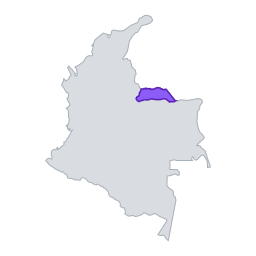 Colombia, with Arauca highlighted
{"feature_id": "COL-1420", "entity_name": "Arauca", "entity_type": "Intendancy", "adm_level": 1, "iso_a3": "COL", "parent_name": "Colombia", "parent_adm1": "", "projection": "orthographic", "projection_center": [-71.152, 6.563], "detail": "fine", "context": "in_parent", "style": "filled", "palette": "violet", "viewbox_px": 256, "rotation_deg": 0, "n_neighbors": 0, "source": "natural_earth", "source_scale": "10m", "svg_char_len": 5746}
<svg xmlns="http://www.w3.org/2000/svg" viewBox="0 0 256 256"><path d="M150.0,23.1L147.2,24.3L141.5,25.7L137.7,32.1L135.0,33.2L131.8,36.9L129.3,41.6L127.5,51.1L122.6,59.1L123.0,59.5L124.9,59.1L126.7,58.3L127.4,58.5L128.0,60.0L130.2,60.3L132.0,66.9L135.3,70.2L135.6,71.5L136.1,74.2L134.9,75.8L134.5,81.8L135.5,83.3L138.1,83.9L139.7,87.6L140.7,88.5L142.3,89.1L145.9,88.5L152.6,89.2L154.1,89.1L157.9,87.8L162.6,89.3L166.0,89.6L175.5,100.8L176.5,100.5L177.7,101.2L180.1,100.0L182.2,99.8L184.9,100.3L188.4,100.3L195.6,99.1L196.7,98.5L200.6,99.1L201.8,99.9L202.4,102.0L201.9,103.3L200.5,104.6L199.8,106.3L199.7,108.4L199.0,109.9L197.7,110.9L197.2,112.3L197.5,114.2L196.9,122.7L197.4,123.4L197.9,126.9L199.5,131.4L200.3,132.7L201.7,133.7L204.3,137.4L203.7,138.7L197.2,144.6L196.9,145.9L198.1,145.4L200.1,145.9L200.8,147.3L205.7,151.3L205.6,152.9L207.0,155.9L206.8,156.6L210.1,165.2L210.3,167.1L207.5,167.6L207.3,161.8L206.9,160.6L203.8,155.4L203.1,155.0L201.0,155.6L197.5,159.5L195.9,160.1L194.6,159.5L193.2,157.3L192.4,156.9L191.5,158.8L192.6,160.5L177.1,160.5L174.1,159.8L170.0,160.7L169.9,169.5L177.2,169.6L179.3,172.1L179.1,174.1L179.4,174.9L177.6,175.3L175.1,173.9L170.5,175.6L167.2,176.0L166.9,185.7L169.0,188.1L172.9,190.7L173.4,192.4L173.2,194.1L174.1,196.1L175.4,197.2L175.4,198.5L176.0,199.9L168.3,240.6L165.6,238.2L164.6,235.9L163.3,235.0L160.7,235.7L157.9,234.6L166.9,220.8L166.6,219.5L159.1,216.2L158.3,215.3L154.8,213.5L152.8,214.0L151.7,214.9L148.9,215.2L146.7,213.7L144.1,212.8L141.0,215.1L140.0,215.1L137.8,216.1L135.4,216.5L132.3,215.4L129.8,216.1L128.0,216.0L127.3,215.2L125.1,214.4L124.9,213.5L125.5,211.8L124.5,208.4L124.2,207.8L122.5,207.8L120.5,206.5L120.1,205.8L120.5,204.4L120.1,203.3L118.2,200.6L115.5,199.8L112.9,197.6L110.3,196.8L109.1,195.1L108.0,191.5L105.3,188.6L103.4,187.7L102.7,186.3L100.8,186.2L98.2,184.3L97.0,184.2L96.2,185.0L93.8,184.1L91.7,182.7L89.5,182.3L88.1,181.5L85.6,178.8L82.9,177.5L81.3,178.0L80.7,179.9L79.8,180.3L76.7,179.7L76.1,180.1L75.3,180.0L71.5,178.5L67.7,178.0L66.7,174.7L64.3,173.5L63.5,171.9L61.8,172.1L55.3,169.0L52.6,166.9L50.4,165.7L48.0,163.4L47.6,162.4L45.7,161.0L46.7,159.3L48.9,158.1L51.8,159.1L52.2,157.1L51.1,155.3L51.6,151.2L52.4,150.3L54.0,149.5L55.0,149.9L55.6,149.2L58.0,149.5L58.7,149.3L60.5,147.7L61.3,146.4L62.1,146.5L64.1,144.3L63.8,142.1L65.6,141.7L67.5,138.1L68.3,138.0L68.8,136.3L72.2,130.4L70.9,131.1L69.6,130.6L69.9,128.6L69.5,128.4L68.4,129.9L67.4,128.3L67.7,125.8L66.2,126.3L66.3,125.7L68.5,123.8L69.4,119.4L68.7,117.8L68.3,111.2L68.0,110.0L66.2,108.3L69.0,106.4L70.1,105.0L68.8,102.1L67.2,99.6L67.1,98.1L68.1,98.3L68.6,94.2L67.7,92.6L66.5,92.6L62.9,86.5L61.6,85.3L62.6,82.4L63.7,81.1L63.5,78.9L64.3,79.0L65.8,81.0L66.5,80.7L69.0,78.9L69.1,77.1L71.2,75.3L68.4,69.1L67.5,68.1L68.7,66.1L69.3,66.2L70.4,68.2L72.1,69.5L74.7,73.0L75.8,73.7L75.0,74.5L74.8,75.3L75.1,75.8L76.6,75.9L77.2,75.0L76.9,70.8L76.3,68.7L75.0,67.2L75.4,66.5L78.1,65.6L83.6,61.6L85.6,57.9L87.0,56.6L88.7,55.7L90.7,55.9L92.2,55.5L92.7,54.3L91.7,51.7L92.9,48.1L92.9,46.3L93.7,45.2L93.5,44.8L91.4,46.1L93.5,43.6L95.0,39.8L103.1,33.1L108.3,34.7L109.9,34.6L107.8,35.5L107.4,36.4L108.2,37.5L109.0,37.8L109.6,37.1L111.4,33.2L111.7,31.0L112.5,30.3L113.6,30.0L118.7,31.0L123.5,30.7L131.4,25.1L137.3,22.7L138.8,20.4L139.2,18.6L140.3,18.0L141.4,18.0L142.1,17.0L144.8,15.5L147.7,15.4L150.8,16.7L152.2,19.0L152.5,20.6L150.0,23.1ZM58.1,148.8L57.7,149.1L57.0,148.6L56.8,147.9L57.2,147.4L57.8,147.5L58.1,148.8Z" fill="#d9dde1" stroke="#a8b0b8" stroke-width="1"/><path d="M141.3,88.9L142.4,89.2L142.9,89.2L143.1,89.2L143.4,89.0L143.5,88.8L143.8,88.9L143.9,88.6L144.3,88.6L144.6,88.5L144.9,88.5L145.3,88.6L145.2,88.4L145.3,88.3L145.5,88.2L146.0,88.3L146.1,88.5L146.3,88.6L146.5,88.5L146.7,88.4L146.8,88.4L146.9,88.5L147.2,88.6L147.4,88.5L147.7,88.6L148.0,88.8L148.5,88.6L148.9,88.6L149.4,88.7L149.6,88.7L150.2,88.6L150.4,88.6L150.5,88.7L150.5,88.9L150.5,89.0L150.8,89.3L151.4,89.3L151.6,89.4L151.8,89.5L152.1,89.4L152.4,89.2L152.5,89.1L153.4,89.2L154.2,89.1L154.8,88.8L155.4,88.4L155.6,88.3L155.6,88.1L156.0,88.0L156.5,87.9L157.1,87.8L157.9,87.6L158.3,87.6L158.6,87.8L159.2,88.0L159.4,88.0L159.8,87.8L160.0,87.8L160.8,88.8L161.1,88.9L161.3,88.9L161.6,88.9L161.8,88.9L161.8,89.0L162.1,89.1L163.5,89.8L163.9,89.8L164.7,89.4L165.2,89.3L165.7,89.2L166.0,89.3L166.5,89.7L166.7,90.0L167.7,91.3L168.8,92.6L169.8,93.9L170.8,95.2L171.8,96.5L172.9,97.8L173.9,99.1L174.9,100.4L175.3,100.9L175.5,100.9L174.1,101.7L173.6,101.8L170.7,101.7L170.3,101.8L169.9,102.0L169.3,102.0L169.1,101.7L169.1,101.4L168.9,101.2L168.6,101.0L168.4,100.8L167.5,100.5L167.3,100.3L167.2,100.2L167.1,99.9L166.6,99.6L166.3,99.2L166.2,99.1L165.8,99.0L165.6,98.9L165.2,98.9L164.8,98.9L164.4,98.9L164.0,98.9L163.8,98.9L163.4,98.8L163.1,98.8L162.8,98.8L161.8,99.1L161.3,99.4L161.0,99.5L160.5,99.5L159.8,99.5L158.7,99.7L158.0,99.7L157.9,99.7L157.4,99.4L157.2,99.4L156.9,99.4L156.6,99.5L156.3,99.6L156.2,99.6L154.9,99.5L153.9,99.2L153.4,99.1L152.7,99.1L152.4,99.1L152.0,98.9L151.5,98.8L151.3,99.0L151.0,99.0L150.8,99.0L150.7,99.0L150.2,99.2L149.7,99.5L149.3,99.5L149.0,99.5L148.8,99.6L148.6,99.7L148.1,99.9L147.7,99.9L147.4,99.9L147.2,99.9L146.8,100.0L146.6,99.9L146.2,99.7L145.9,99.7L145.6,99.8L144.6,99.8L144.2,99.9L142.8,100.4L142.3,100.5L142.1,100.4L141.8,100.5L141.5,100.5L140.8,100.9L140.0,101.0L139.3,101.6L139.0,101.6L138.7,101.5L138.3,101.2L137.7,101.0L137.5,100.8L137.3,100.7L137.0,100.0L136.5,99.5L136.2,99.0L136.1,98.6L136.1,98.3L136.5,97.8L136.8,97.4L136.9,97.1L137.0,96.9L137.1,96.7L137.3,96.6L137.5,96.7L137.9,96.5L138.0,96.4L138.3,96.2L138.5,96.2L138.9,95.9L139.0,95.7L139.1,95.2L139.5,92.6L139.6,92.4L139.9,92.3L140.1,91.9L140.3,91.3L140.6,90.9L141.1,89.5L141.2,89.3L141.3,88.9L141.3,88.9Z" fill="#8b5cf6" stroke="#5b21b6" stroke-width="1.5"/></svg>